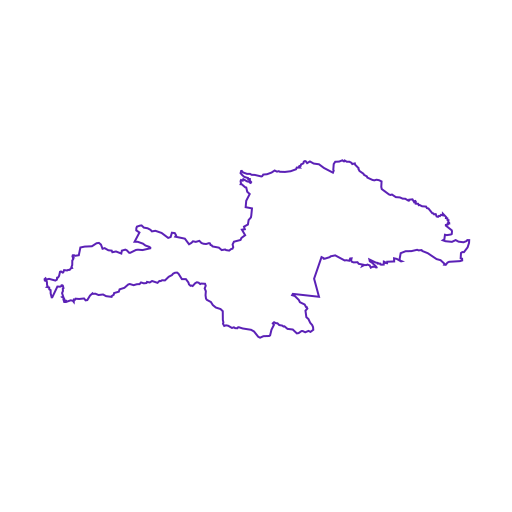 the district of Teziutlán, Puebla, Mexico, rotated 257°
{"feature_id": "50627088B50990328034226", "entity_name": "Teziutlán", "entity_type": "district", "adm_level": 2, "iso_a3": "MEX", "parent_name": "Mexico", "parent_adm1": "Puebla", "projection": "mercator", "projection_center": [-97.359, 19.874], "detail": "fine", "context": "isolated", "style": "outline", "palette": "violet", "viewbox_px": 512, "rotation_deg": 257, "n_neighbors": 0, "source": "geoboundaries", "source_scale": "gbopen_adm2", "svg_char_len": 6073}
<svg xmlns="http://www.w3.org/2000/svg" viewBox="0 0 512 512"><g transform="rotate(257 256 256)"><path d="M205.3,455.9L207.0,456.2L207.7,454.9L212.8,456.4L213.4,457.9L213.0,459.5L216.8,464.1L220.8,466.5L223.5,467.3L224.0,465.5L223.2,464.6L222.7,461.3L224.4,456.6L226.6,454.1L225.7,450.1L227.8,443.9L229.3,441.6L229.9,443.3L234.2,444.9L233.4,446.6L233.1,450.8L233.4,451.7L235.9,452.5L237.0,452.5L242.9,447.8L243.6,448.0L243.6,450.0L244.4,450.1L244.2,451.6L244.9,451.7L245.7,450.9L247.6,451.6L248.0,450.7L249.7,450.9L250.2,449.6L251.2,450.0L255.2,447.6L253.6,447.2L254.5,445.5L253.5,444.2L253.9,443.2L253.2,442.2L253.9,440.9L256.4,440.5L256.5,438.9L257.6,438.4L258.0,437.4L263.5,434.7L264.2,433.3L265.9,432.8L267.1,429.0L268.9,426.9L268.9,426.0L270.4,425.7L271.1,423.3L272.5,423.3L272.8,423.9L273.8,423.6L273.8,422.8L273.2,422.9L272.9,422.2L276.0,421.2L276.4,417.9L275.6,417.6L275.6,417.0L278.2,414.3L278.9,411.8L280.7,409.4L281.9,405.5L285.3,402.3L285.2,400.8L286.0,399.5L292.9,393.6L295.1,393.6L300.4,395.1L302.2,392.9L303.2,390.6L303.1,388.3L303.9,386.6L307.4,382.1L308.5,382.0L310.9,379.4L312.0,379.2L315.5,376.0L317.7,375.4L318.5,375.7L322.7,373.1L324.0,373.1L323.9,370.5L325.3,370.0L326.9,368.1L327.4,365.7L329.1,363.9L328.4,363.2L328.6,362.6L329.8,361.7L329.3,358.2L330.0,354.4L328.1,352.4L322.6,350.7L321.7,350.9L319.9,349.7L326.5,342.0L331.2,338.0L333.1,333.0L336.0,329.8L335.0,326.7L337.2,325.7L337.5,325.0L337.2,323.8L335.6,323.0L335.1,320.5L333.7,319.7L333.9,318.5L333.3,317.9L332.3,318.5L333.0,315.6L331.5,314.5L330.8,308.8L331.4,303.1L332.7,298.2L333.5,297.3L333.5,295.4L335.1,293.4L333.8,289.9L333.2,285.1L333.7,281.4L332.4,280.0L332.3,279.1L335.3,273.0L336.1,270.0L337.4,268.6L338.0,265.8L340.4,262.1L342.1,261.3L342.2,260.7L340.2,259.6L337.9,260.8L335.8,262.3L333.7,265.8L332.7,265.7L332.4,267.3L330.8,267.0L329.1,267.9L328.4,267.2L328.8,266.6L330.5,265.4L330.5,264.3L333.7,260.9L332.4,260.0L333.4,258.5L332.4,257.8L330.1,257.7L329.4,257.2L329.0,258.3L325.4,260.9L324.9,261.9L320.6,261.9L317.8,263.8L312.0,258.9L305.9,256.9L303.3,262.8L296.5,260.5L294.7,259.7L292.7,256.9L288.5,255.2L287.3,250.9L284.6,251.1L284.8,248.2L278.7,250.1L276.9,245.9L275.1,244.5L274.9,237.7L272.5,235.8L269.7,235.8L268.4,234.7L268.4,233.4L267.3,231.1L268.5,228.1L269.3,227.4L269.5,223.9L272.5,221.7L275.1,215.8L276.4,215.2L276.9,214.2L278.6,214.0L279.1,213.1L278.9,210.1L279.7,207.7L280.9,205.8L283.5,204.2L283.3,200.5L284.5,197.9L283.3,196.0L282.5,193.4L288.9,190.6L293.0,181.7L294.1,182.8L296.6,182.0L297.6,179.3L293.7,177.1L293.4,174.5L299.7,169.2L303.2,163.6L303.4,160.1L305.2,159.1L307.4,156.6L308.9,153.1L311.5,151.4L311.7,149.8L311.4,146.6L310.1,145.7L307.9,145.1L305.1,147.7L297.2,140.9L296.4,144.0L293.5,148.6L291.1,150.6L288.9,154.1L287.9,154.9L287.3,154.7L287.3,146.8L288.7,142.4L288.9,140.4L287.4,134.1L287.6,133.2L290.6,131.4L291.6,130.1L291.4,126.5L288.7,125.3L291.9,120.6L292.0,116.9L293.7,116.6L294.8,113.4L297.7,110.3L297.6,108.1L302.0,107.5L304.1,105.9L304.3,103.5L302.4,98.3L303.7,91.2L303.8,86.8L296.6,83.5L296.9,79.6L297.7,78.9L297.9,77.6L297.0,77.1L295.7,77.7L295.8,77.2L293.9,77.1L293.0,76.0L288.5,74.9L286.9,73.8L285.7,74.1L285.7,73.0L284.4,71.3L284.7,69.7L284.4,68.7L285.4,65.8L283.4,64.5L283.3,63.9L284.8,62.5L284.7,61.5L281.0,59.7L279.6,58.4L279.6,57.3L277.8,56.7L277.2,55.0L280.3,49.2L280.2,46.3L281.6,45.9L281.0,44.8L279.6,44.7L278.6,46.3L277.6,46.4L274.8,45.9L273.2,46.2L272.8,45.4L271.8,47.4L270.0,47.1L268.9,48.2L265.7,47.5L261.7,47.6L261.6,48.2L270.9,55.6L270.2,58.2L270.4,59.8L271.1,59.9L271.2,60.4L270.6,61.1L268.0,61.2L267.6,60.4L265.3,60.0L263.5,58.7L259.8,59.0L259.6,57.9L257.8,59.5L257.1,59.4L256.8,58.6L254.3,58.8L254.1,59.7L255.5,60.3L255.1,61.0L254.0,61.1L254.5,65.4L253.7,67.4L252.2,68.1L254.6,68.8L254.2,70.0L255.0,70.6L253.9,74.0L253.3,78.9L251.1,80.0L251.0,81.7L254.8,85.4L256.4,88.3L255.8,88.6L255.4,91.0L253.4,93.8L252.9,98.3L250.6,100.9L248.7,106.0L249.3,106.2L250.3,108.7L251.8,109.4L252.1,114.3L254.2,115.6L254.6,120.6L257.0,125.1L257.1,126.7L255.1,130.2L255.3,133.6L254.8,136.2L256.1,138.0L254.6,140.6L254.3,143.2L255.3,144.0L254.1,146.5L255.0,149.1L252.0,154.0L253.4,156.3L253.0,157.5L253.5,159.0L252.7,161.8L255.4,166.3L256.3,169.8L257.4,171.2L257.9,173.2L257.6,175.4L256.2,176.5L250.1,178.6L249.2,182.5L245.4,184.2L243.5,184.3L241.7,185.5L241.7,186.6L241.0,187.5L243.2,190.7L243.7,192.5L242.9,194.1L241.2,195.3L241.5,196.3L240.4,200.1L238.3,200.3L236.0,198.7L233.0,199.2L229.1,198.0L225.8,197.7L224.4,198.2L221.3,201.7L217.9,202.9L214.8,205.3L212.3,209.5L209.7,211.2L201.1,209.3L198.7,209.3L197.4,208.6L195.0,209.3L195.2,211.2L194.3,213.2L191.3,216.4L191.5,218.4L190.4,219.4L189.8,221.6L190.6,222.6L190.4,223.3L188.4,226.7L185.2,234.6L182.9,237.1L176.8,240.0L175.5,241.6L176.2,245.2L175.1,250.8L175.5,251.9L180.7,254.5L184.9,258.0L186.6,257.2L187.4,258.7L186.1,260.2L185.6,261.8L183.5,263.1L182.3,265.9L181.1,266.9L181.1,267.9L177.9,270.3L176.1,275.3L171.4,278.4L171.3,280.2L172.6,283.4L172.3,284.7L170.6,286.8L171.2,290.3L169.8,292.0L171.2,295.2L173.8,295.6L176.1,295.2L178.7,293.8L182.8,292.9L185.1,291.3L191.6,291.9L193.2,294.2L194.8,293.9L194.9,293.3L197.8,292.5L201.1,288.4L203.6,287.8L208.3,284.8L209.7,282.4L210.8,283.4L202.1,308.2L220.8,307.5L240.2,319.6L238.7,321.4L238.1,321.4L237.9,322.4L238.3,327.6L238.9,328.6L238.8,333.3L231.7,341.4L231.6,343.0L230.4,345.8L232.4,347.2L232.2,348.6L230.3,347.6L228.8,348.1L227.8,349.7L227.1,353.5L225.3,354.3L223.5,358.3L222.3,357.3L222.8,359.4L222.3,361.6L222.6,362.6L221.2,364.7L218.8,365.2L219.3,367.1L218.6,369.8L217.8,370.4L217.8,370.9L218.4,370.8L223.1,367.8L225.2,365.7L227.1,365.7L222.6,371.3L221.9,373.0L221.2,372.9L220.6,375.4L219.7,375.4L219.3,376.3L218.9,378.5L221.8,379.3L221.3,380.1L220.4,379.9L219.5,382.1L220.9,382.5L219.6,389.4L222.7,390.0L221.5,392.5L218.1,396.1L218.1,396.8L219.0,395.5L220.4,395.1L226.2,397.6L227.0,402.8L225.8,408.5L225.8,414.4L224.9,415.7L224.5,418.7L223.5,419.1L220.1,424.0L212.4,431.2L210.4,434.9L205.9,438.0L205.2,437.4L204.7,438.9L206.5,441.1L206.9,442.9L205.1,453.7L205.3,455.9Z" fill="none" stroke="#5b21b6" stroke-width="2"/></g></svg>